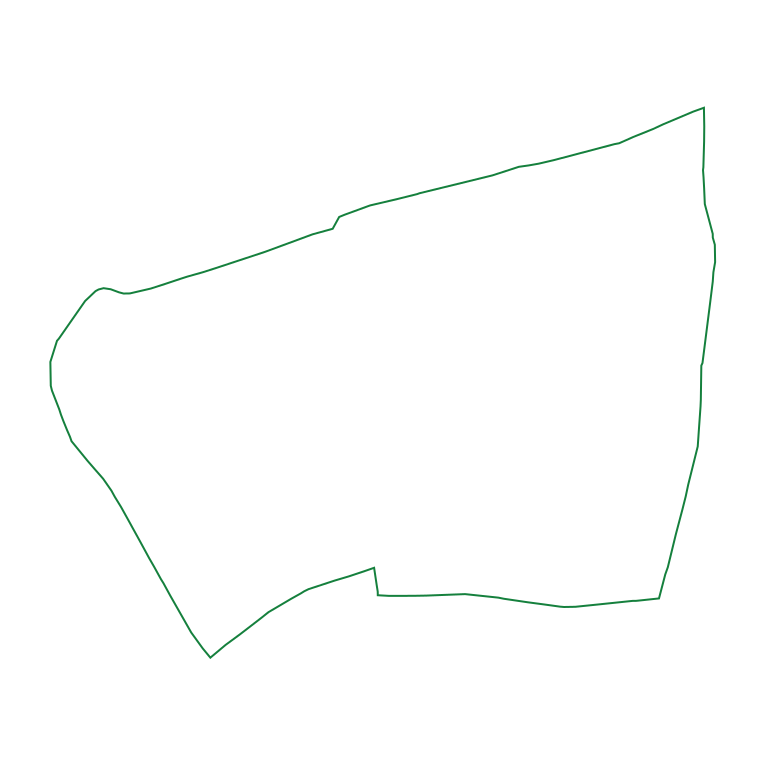 Old City, Amanat Al Asimah, Yemen (orthographic projection), rotated 179°
{"feature_id": "15242507B70812526039843", "entity_name": "Old City", "entity_type": "district", "adm_level": 2, "iso_a3": "YEM", "parent_name": "Yemen", "parent_adm1": "Amanat Al Asimah", "projection": "orthographic", "projection_center": [44.214, 15.355], "detail": "fine", "context": "isolated", "style": "outline", "palette": "green", "viewbox_px": 768, "rotation_deg": 179, "n_neighbors": 0, "source": "geoboundaries", "source_scale": "gbopen_adm2", "svg_char_len": 1650}
<svg xmlns="http://www.w3.org/2000/svg" viewBox="0 0 768 768"><g transform="rotate(179 384 384)"><path d="M59.3,654.6L70.2,650.9L100.3,638.8L110.4,634.3L130.3,626.7L144.7,620.6L149.4,619.8L210.6,604.8L225.5,601.6L235.6,600.0L245.4,598.8L271.9,590.7L345.2,574.1L347.5,573.3L367.0,568.8L394.7,562.8L397.1,562.0L420.5,553.9L425.9,551.8L432.6,540.1L452.8,534.9L500.4,518.3L549.9,502.9L563.2,498.9L578.8,494.8L585.4,492.8L601.0,487.9L615.5,483.5L636.5,479.0L640.4,479.0L642.8,479.0L647.4,480.3L655.6,483.5L662.7,484.7L667.7,483.5L670.8,481.9L681.4,472.2L708.3,435.0L710.2,432.9L717.2,411.9L717.2,388.0L716.1,383.2L709.1,364.2L707.5,358.9L705.2,352.5L701.6,343.2L698.9,336.7L697.4,332.2L681.8,312.4L674.7,303.9L666.5,294.2L658.4,282.1L655.2,276.0L649.0,265.5L640.8,250.1L638.5,245.7L631.4,232.3L621.7,213.7L617.0,205.2L610.4,192.7L608.0,188.7L601.4,176.1L581.1,138.9L569.8,122.7L562.4,113.4L546.8,126.0L532.0,136.5L510.2,152.7L503.5,157.9L496.9,161.6L480.5,170.9L470.8,176.1L467.3,178.2L463.0,180.2L436.8,188.3L422.4,192.3L405.6,197.6L397.1,200.4L394.7,182.2L394.3,179.4L393.9,176.5L393.9,172.9L383.0,172.1L358.8,171.7L345.6,171.7L306.6,172.5L273.4,168.4L268.0,167.2L255.9,165.2L243.8,163.2L227.8,160.8L211.8,158.3L207.9,157.9L196.6,157.9L172.8,159.9L139.3,162.8L135.4,162.8L112.8,164.8L106.1,188.7L103.4,195.9L94.8,228.7L87.8,253.4L84.3,266.3L81.6,278.0L71.4,316.1L69.9,333.4L67.9,356.1L67.5,362.6L66.4,396.9L65.2,399.4L56.6,458.8L53.5,480.7L52.7,490.0L50.8,500.1L50.8,517.5L52.7,524.7L52.7,528.4L58.5,551.8L60.1,558.3L60.5,574.1L60.9,585.0L61.3,592.3L60.9,595.1L59.7,621.0L59.3,636.0L59.3,654.6Z" fill="none" stroke="#15803d" stroke-width="2"/></g></svg>